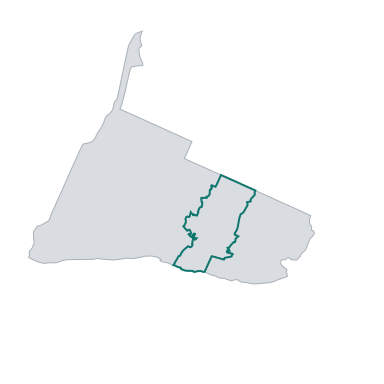 Hardap on a map of Namibia (Robinson projection), rotated 294°
{"feature_id": "NAM-3339", "entity_name": "Hardap", "entity_type": "Region", "adm_level": 1, "iso_a3": "NAM", "parent_name": "Namibia", "parent_adm1": "", "projection": "robinson", "projection_center": [17.113, -24.521], "detail": "fine", "context": "in_parent", "style": "outline", "palette": "teal", "viewbox_px": 384, "rotation_deg": 294, "n_neighbors": 0, "source": "natural_earth", "source_scale": "10m", "svg_char_len": 7142}
<svg xmlns="http://www.w3.org/2000/svg" viewBox="0 0 384 384"><g transform="rotate(294 192 192)"><path d="M283.5,77.9L287.5,77.0L291.4,76.2L295.8,75.3L299.4,74.6L300.3,74.5L308.8,75.2L312.6,75.8L313.9,76.3L315.5,77.7L318.6,81.2L317.8,81.0L312.1,81.8L309.9,82.7L304.9,86.7L303.9,86.2L302.7,85.4L301.7,85.1L299.6,86.1L297.4,87.3L295.1,88.9L293.1,90.5L292.4,91.4L289.4,94.7L288.3,95.3L287.5,95.5L287.1,95.3L286.7,93.9L284.9,90.6L281.9,86.2L281.0,85.8L280.4,85.6L278.2,85.8L271.7,87.0L266.2,88.1L257.8,89.9L248.8,91.3L243.3,92.2L238.4,92.4L238.4,96.8L238.4,105.5L238.3,114.3L238.3,123.1L238.3,131.8L238.2,140.6L238.2,149.4L238.1,158.1L238.1,166.9L238.1,170.7L237.9,171.5L235.1,171.5L228.9,171.5L223.7,171.5L219.5,171.5L219.4,176.7L219.4,182.9L219.4,189.1L219.4,195.2L219.3,201.4L219.3,207.5L219.3,213.7L219.3,219.8L219.3,226.0L219.2,230.6L219.2,231.2L219.2,240.2L219.1,249.7L219.1,259.3L219.0,268.9L218.9,278.4L218.9,288.0L218.8,297.5L218.7,307.1L218.7,310.1L216.8,310.1L213.1,311.2L210.6,312.8L209.6,314.6L208.2,315.8L206.5,316.2L205.7,317.1L205.9,318.6L205.2,319.8L203.7,320.6L201.2,320.3L197.8,319.1L193.4,318.8L188.2,319.4L184.4,319.1L182.0,317.8L179.6,317.1L177.0,316.9L175.5,316.4L172.4,315.4L171.8,313.8L171.4,312.5L170.6,311.2L170.5,310.1L171.2,309.3L171.3,308.0L170.8,306.2L169.9,305.3L168.7,305.4L167.9,304.7L167.6,303.3L166.9,302.2L165.2,301.1L163.0,301.9L161.9,303.2L161.3,305.1L160.7,306.1L160.4,307.7L160.3,308.9L159.7,310.1L159.1,310.6L158.5,310.4L157.4,310.9L154.8,312.7L154.1,313.7L152.0,311.9L146.0,305.4L143.9,303.7L140.7,299.7L133.8,287.2L132.8,284.8L131.4,278.8L129.9,274.4L129.7,271.8L130.4,270.3L130.0,268.4L129.2,266.6L126.8,264.3L126.1,256.6L124.5,251.6L124.8,247.4L124.0,243.7L123.9,241.3L124.3,236.7L123.0,231.4L120.3,226.3L118.0,218.8L117.6,215.6L117.8,206.8L117.4,203.2L117.4,199.0L116.4,194.7L116.0,192.3L116.7,190.4L117.1,191.0L117.8,191.3L118.2,188.8L118.3,186.6L117.1,181.2L114.5,175.6L107.9,166.5L106.3,163.1L105.4,160.2L98.1,148.3L95.0,139.8L92.8,132.5L90.4,129.2L79.4,105.5L76.9,101.7L72.5,97.2L71.5,95.7L69.8,91.4L66.5,85.6L65.6,80.3L65.4,74.1L65.7,69.5L68.7,69.0L70.8,67.7L72.7,67.7L74.5,68.6L76.5,68.7L77.3,68.5L80.8,68.7L82.8,67.6L85.2,66.4L86.6,65.5L88.6,64.5L91.1,63.4L92.6,63.5L94.4,63.9L96.8,64.3L98.2,65.0L99.8,67.2L102.3,69.1L104.1,70.3L106.2,71.9L106.8,72.5L107.8,72.8L108.3,72.9L112.2,72.7L115.8,72.4L119.6,72.5L126.7,72.5L133.9,72.5L141.1,72.5L148.2,72.5L155.4,72.5L162.5,72.5L169.7,72.5L176.9,72.6L179.8,72.6L184.9,72.6L190.3,72.7L190.9,72.8L191.5,73.2L192.0,73.6L193.9,76.4L196.3,79.2L198.3,80.6L200.7,81.4L203.0,81.7L205.1,81.5L208.6,81.9L213.5,82.8L218.6,83.1L223.9,82.7L227.6,83.2L229.7,84.6L231.9,85.5L234.2,86.0L237.2,85.7L241.1,84.6L244.3,84.8L245.8,85.6L246.7,85.6L252.4,84.5L256.9,83.6L263.7,82.1L269.3,80.9L277.7,79.1L283.5,77.9Z" fill="#d9dde1" stroke="#a8b0b8" stroke-width="1"/><path d="M219.3,230.7L219.3,230.9L219.3,232.1L219.2,233.3L219.2,234.5L219.2,235.7L219.2,236.9L219.2,238.1L219.2,239.3L219.2,240.6L219.2,241.8L219.2,243.0L219.2,244.2L219.2,245.4L219.2,246.6L219.2,247.8L219.2,249.0L219.2,249.3L218.3,249.4L218.0,249.2L217.7,249.2L217.4,249.3L215.3,250.3L214.9,250.5L214.7,250.4L213.9,250.0L212.2,249.7L211.9,249.6L211.6,249.4L211.2,249.1L210.7,248.9L209.7,248.8L208.8,248.7L208.3,248.8L208.2,248.9L207.6,249.4L207.4,249.5L207.2,249.5L207.0,249.2L205.4,246.7L205.2,246.4L205.0,246.5L204.8,246.6L204.4,247.1L202.8,248.0L202.5,248.1L194.4,247.3L193.0,246.6L192.6,246.2L191.4,245.5L187.3,245.9L178.3,248.1L175.9,248.4L172.4,248.0L172.1,247.9L171.9,247.8L171.7,247.8L171.4,248.0L170.8,248.2L170.4,248.5L170.4,252.3L167.3,250.9L167.0,250.8L166.0,251.2L165.5,251.2L164.1,251.7L163.8,251.7L163.6,251.6L163.6,251.3L163.6,251.1L163.5,250.8L163.3,250.6L162.8,250.3L162.0,250.0L161.2,249.9L160.7,249.5L160.4,249.4L157.0,248.6L156.7,248.6L156.3,248.5L156.2,248.3L155.7,247.4L155.6,247.2L155.4,247.1L155.2,247.5L154.5,249.1L154.2,249.6L153.4,250.2L153.2,249.1L153.1,248.9L153.3,248.6L153.2,248.4L153.0,248.2L152.8,248.1L152.6,248.0L152.3,248.0L151.4,248.4L151.2,248.4L151.1,248.6L151.1,249.0L152.0,254.3L151.9,254.4L151.6,254.5L150.8,254.2L150.4,254.1L150.0,254.2L149.8,254.3L149.5,254.4L149.3,254.4L149.0,254.2L145.3,248.9L145.1,248.6L144.9,248.5L144.7,248.5L144.4,248.6L143.7,248.8L143.4,248.8L143.3,248.6L143.2,248.4L141.7,237.8L141.3,236.1L124.2,236.0L123.7,235.1L123.5,234.3L123.4,232.6L123.2,231.7L122.1,229.6L121.7,228.9L120.8,228.0L120.5,227.4L119.9,226.6L119.8,226.0L119.8,225.8L120.1,225.5L120.1,225.4L120.1,224.5L120.0,224.1L119.6,223.3L119.2,222.2L118.2,220.1L117.8,218.6L117.5,217.9L117.3,216.9L117.2,216.6L117.3,216.2L117.3,215.4L117.2,214.7L117.0,214.2L117.2,213.9L117.3,213.4L117.4,213.1L117.5,213.0L117.9,212.9L117.9,212.7L118.2,212.2L118.0,211.9L118.0,210.7L117.7,209.7L117.7,209.3L117.9,206.2L117.8,205.4L117.6,204.8L128.0,205.9L128.5,206.7L128.6,206.8L128.8,207.0L129.1,207.1L129.5,207.1L130.9,207.0L132.8,207.3L133.2,207.3L133.4,207.3L135.5,207.9L140.9,210.5L140.8,212.2L140.9,212.7L141.1,213.3L142.2,213.9L142.7,213.9L144.1,213.9L144.3,213.8L144.4,213.7L144.5,213.3L144.7,213.1L144.9,213.0L145.8,213.0L148.1,212.2L148.3,212.2L148.8,212.2L149.1,212.2L149.3,212.1L150.4,211.5L150.5,211.4L150.5,211.6L150.3,212.0L150.2,212.3L150.2,212.5L150.2,213.0L149.7,213.3L149.4,213.4L149.4,213.6L149.5,213.9L150.6,214.8L151.6,215.0L151.4,214.5L151.1,213.2L151.3,212.6L152.0,211.9L152.1,211.7L152.3,211.7L152.9,211.9L154.5,212.0L154.8,212.0L154.9,211.8L155.0,211.6L155.0,211.4L154.9,210.8L154.8,210.7L154.7,210.6L153.1,210.1L152.9,210.1L152.6,210.2L152.4,210.3L150.8,209.8L150.7,209.8L150.7,209.6L150.7,209.4L151.0,208.2L151.9,206.3L152.0,206.1L152.4,206.2L152.5,206.4L152.6,206.5L152.6,207.6L152.8,207.8L154.1,207.8L154.3,207.7L156.3,205.6L156.4,205.4L156.4,205.2L156.3,204.5L156.2,204.3L156.1,204.2L154.8,203.5L154.8,203.4L154.7,203.3L154.7,203.2L154.8,203.0L156.9,198.5L157.2,198.1L157.4,198.0L157.8,198.3L158.2,198.6L158.5,198.7L158.9,198.7L159.3,198.6L160.0,198.6L160.8,198.8L162.3,198.5L163.3,198.0L164.4,197.2L165.6,196.9L166.4,196.9L167.2,197.2L167.5,197.4L167.7,197.7L167.7,198.2L167.8,199.1L168.1,199.6L168.7,199.8L170.4,199.5L171.6,199.4L172.7,199.1L173.0,199.1L172.4,199.8L172.2,200.0L172.2,200.4L172.3,201.5L172.2,201.8L171.5,202.0L171.4,202.1L171.4,202.3L171.6,203.6L171.8,203.8L172.1,203.9L172.3,203.9L172.3,204.0L172.5,206.1L175.7,206.1L175.9,206.1L176.1,206.0L176.1,205.8L176.3,205.6L176.6,205.4L180.1,205.3L181.0,205.6L181.4,205.8L182.0,206.7L182.2,206.9L182.3,206.9L183.1,206.5L183.3,206.5L183.7,206.7L184.0,206.7L184.3,206.6L185.8,205.9L186.6,205.7L186.8,205.6L186.8,205.3L186.9,204.9L186.9,204.7L187.1,204.6L188.7,203.8L189.9,203.0L190.4,202.9L190.9,203.8L190.9,204.1L192.6,207.7L192.7,207.8L192.8,207.7L193.1,207.4L193.3,207.2L193.5,207.1L193.7,207.3L193.9,207.5L194.8,208.5L195.1,208.7L195.4,208.8L197.0,209.1L200.7,207.6L200.8,207.6L201.8,207.6L202.0,207.7L201.9,207.8L201.9,208.0L201.9,208.3L202.3,208.4L204.0,208.5L204.1,208.4L205.0,207.2L205.5,207.1L206.0,207.1L206.1,207.3L206.2,207.5L206.3,211.3L207.5,211.5L219.3,211.6L219.3,212.2L219.3,215.9L219.3,219.6L219.3,223.3L219.3,227.0L219.3,230.7Z" fill="none" stroke="#0f766e" stroke-width="2"/></g></svg>